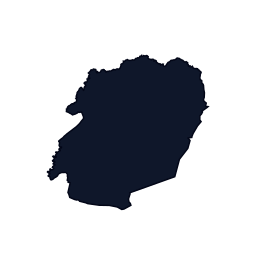 Ixcateopan de Cuauhtémoc, Guerrero, Mexico (Natural Earth projection), rotated 46°
{"feature_id": "50627088B27024757468193", "entity_name": "Ixcateopan de Cuauhtémoc", "entity_type": "district", "adm_level": 2, "iso_a3": "MEX", "parent_name": "Mexico", "parent_adm1": "Guerrero", "projection": "natural_earth1", "projection_center": [-99.804, 18.463], "detail": "fine", "context": "isolated", "style": "filled", "palette": "ink", "viewbox_px": 256, "rotation_deg": 46, "n_neighbors": 0, "source": "geoboundaries", "source_scale": "gbopen_adm2", "svg_char_len": 5682}
<svg xmlns="http://www.w3.org/2000/svg" viewBox="0 0 256 256"><g transform="rotate(46 128 128)"><path d="M185.6,179.6L183.8,178.7L182.2,178.7L181.5,178.5L179.6,177.1L179.1,176.5L176.9,172.4L175.9,171.5L195.5,128.2L186.2,112.7L184.2,99.1L180.1,92.1L177.1,91.8L177.7,90.5L179.1,88.7L178.5,87.9L177.2,85.1L174.8,76.6L174.2,71.0L172.0,70.7L169.1,67.8L169.0,65.4L168.2,63.3L167.2,63.1L168.2,56.6L168.2,55.6L166.6,56.9L166.1,57.0L164.4,54.4L162.0,54.7L160.8,54.5L159.8,53.7L158.9,51.9L155.7,48.5L152.9,46.7L149.8,44.1L148.6,43.6L147.1,43.7L145.0,42.0L143.5,42.5L141.8,41.5L140.4,39.6L139.5,38.7L139.4,37.9L139.0,37.8L138.7,36.7L137.6,36.6L136.6,37.0L135.6,36.7L134.2,37.2L133.7,36.8L132.6,37.6L132.4,38.0L132.1,38.3L130.6,39.4L130.3,39.5L129.9,39.3L129.3,39.2L128.6,38.9L128.3,38.8L128.1,39.6L128.1,39.9L127.8,40.4L127.0,40.8L126.4,40.2L125.4,41.4L124.4,40.7L123.8,40.6L123.2,40.9L122.9,40.7L122.6,39.8L122.2,39.7L121.8,40.0L120.7,40.1L120.5,40.7L120.1,41.1L119.9,41.4L119.7,41.7L119.1,41.5L118.5,41.6L117.3,41.6L117.0,41.7L116.6,42.1L116.2,42.3L115.5,42.3L114.1,42.8L113.5,42.8L112.5,43.6L111.8,44.0L111.7,44.8L111.9,45.6L111.5,46.3L111.4,47.4L110.4,48.2L110.3,49.0L109.3,49.9L109.2,50.8L109.3,51.1L109.3,51.9L109.2,52.4L108.7,53.4L108.7,53.9L109.0,55.2L109.0,55.9L109.4,56.9L109.5,58.1L108.9,59.0L107.6,59.3L106.9,58.8L106.6,58.3L106.0,58.9L106.1,59.3L105.4,60.1L105.3,60.6L104.8,60.2L104.2,60.3L103.7,61.0L103.2,61.0L102.9,61.4L102.5,61.6L101.7,61.5L100.6,62.1L100.1,61.5L99.5,61.1L98.5,61.2L98.3,61.6L98.3,62.4L98.1,62.8L97.8,62.9L97.3,62.2L96.8,61.9L96.3,62.2L96.0,62.2L95.2,63.0L95.2,63.7L95.1,64.0L94.6,63.9L93.2,64.8L92.0,65.2L91.7,65.2L90.7,63.9L90.2,64.0L90.0,64.3L89.3,64.0L88.9,64.2L88.5,64.7L88.2,65.7L86.7,66.5L86.6,67.7L86.5,67.9L86.0,68.0L85.8,68.1L85.7,68.5L85.3,68.1L85.3,68.9L84.8,69.4L84.7,69.7L85.2,70.8L85.2,71.1L84.7,71.9L84.2,72.2L84.0,73.4L83.4,74.0L83.4,75.0L83.6,75.6L83.5,76.2L83.1,76.8L82.3,77.1L82.0,77.8L81.7,78.2L81.5,78.9L80.9,79.4L80.6,79.9L79.2,80.9L78.9,80.9L78.6,80.8L78.2,81.0L78.1,81.9L77.9,82.4L77.6,82.6L77.7,84.2L76.7,84.9L77.6,85.6L78.0,87.1L77.4,88.2L77.4,88.9L78.3,89.8L79.2,91.5L79.4,91.9L79.3,92.5L79.6,93.0L79.6,93.7L79.2,94.1L78.6,94.1L77.8,95.0L77.5,95.9L77.4,96.8L76.7,97.1L76.5,97.5L76.0,97.6L75.7,97.9L75.6,98.4L75.8,99.0L75.3,99.7L75.2,100.4L74.9,101.1L74.6,101.5L74.2,101.6L74.1,102.0L73.8,102.3L73.7,102.9L73.2,103.1L72.8,103.9L72.6,104.8L72.4,105.0L72.0,105.0L71.4,104.5L70.1,105.1L69.9,105.0L69.5,104.7L68.7,105.2L68.5,105.9L67.9,106.9L67.9,107.3L68.2,107.6L68.5,108.7L68.5,109.4L68.1,110.2L67.1,110.9L66.8,111.9L66.4,112.1L66.0,112.0L66.0,111.9L66.3,111.5L66.4,111.1L66.1,110.8L65.6,111.3L65.2,111.4L64.7,111.3L64.2,111.1L63.8,110.7L63.4,110.6L62.7,111.2L61.6,111.9L61.5,112.3L61.8,112.8L61.8,113.0L61.7,113.4L60.8,113.8L60.5,114.5L60.6,115.0L61.0,115.3L61.0,115.5L60.9,118.2L60.9,118.3L62.1,118.3L62.9,118.6L63.3,119.5L63.2,119.9L63.9,120.2L63.8,120.9L63.9,121.4L64.4,121.6L64.8,120.9L65.3,120.8L65.6,120.9L65.6,122.4L64.3,123.2L64.7,123.7L65.6,124.2L66.1,124.7L66.1,125.1L66.4,125.8L66.4,126.2L66.2,126.5L65.6,126.4L65.3,126.7L65.2,127.0L65.2,128.3L65.4,128.5L66.1,128.6L66.6,128.2L67.7,128.9L68.1,129.0L68.1,129.5L68.4,129.8L68.5,130.3L68.2,130.5L68.3,131.0L68.8,131.9L69.7,132.8L69.9,133.4L70.0,133.7L69.5,133.8L66.6,133.3L66.1,133.8L66.0,135.5L66.8,137.3L67.0,138.2L67.0,139.2L67.4,140.3L67.9,140.7L69.2,143.2L69.6,143.5L70.4,143.4L70.7,143.9L70.4,144.9L71.2,145.0L72.5,145.7L72.9,146.4L73.3,147.6L72.6,148.8L72.5,149.3L72.7,149.7L73.0,150.0L73.0,150.3L72.8,150.6L72.2,150.8L71.7,151.4L71.4,153.0L71.6,153.6L71.5,154.0L71.0,154.9L70.9,156.3L71.1,157.3L72.0,157.7L72.1,158.1L71.6,159.0L72.0,159.3L72.2,159.7L72.7,160.0L73.2,160.7L73.4,160.9L75.5,159.9L77.2,159.5L78.3,159.0L80.0,158.8L81.5,155.8L81.6,155.0L82.0,154.0L81.7,152.8L82.8,152.4L83.2,151.5L84.0,150.8L84.3,150.3L88.7,152.1L90.0,153.0L90.4,154.0L90.7,157.0L91.0,158.4L91.2,160.5L91.2,164.3L89.8,176.1L89.8,177.4L89.6,179.6L89.8,181.5L89.4,184.4L89.3,186.9L89.7,187.2L90.2,187.1L91.2,187.5L92.0,188.7L92.8,189.7L94.0,190.1L94.3,190.0L94.9,189.4L95.5,189.1L95.9,189.5L96.0,189.8L95.9,190.2L95.4,190.8L95.2,191.3L95.2,192.2L95.3,192.4L95.5,192.5L96.8,192.1L97.2,192.5L97.0,192.9L96.5,194.4L96.6,195.4L96.5,195.8L96.4,196.0L95.6,196.1L95.2,196.6L95.3,196.9L95.6,197.0L96.6,196.6L96.9,196.7L97.2,199.2L97.5,199.7L98.8,199.5L99.0,199.7L99.1,200.1L99.0,200.4L98.3,200.8L96.3,201.2L96.2,201.8L96.8,201.9L97.6,201.8L98.3,202.0L99.1,202.6L99.2,204.2L99.0,204.7L99.1,205.0L99.7,205.2L100.0,205.0L100.2,204.6L100.8,204.0L101.4,204.0L101.7,204.2L101.7,204.8L101.5,205.4L101.6,206.5L101.9,206.8L103.6,206.1L103.8,206.2L103.6,206.9L103.6,207.9L103.5,209.0L103.9,209.8L104.8,209.5L105.5,209.5L105.7,209.9L105.8,210.6L105.7,211.1L105.1,211.6L104.7,212.4L104.4,212.5L103.7,212.2L103.4,212.4L103.4,212.8L104.0,213.4L104.6,213.7L104.8,214.2L104.8,214.8L103.6,215.8L103.5,216.1L103.7,216.5L105.3,216.4L106.2,215.7L106.5,215.9L106.7,216.3L106.9,218.6L107.2,218.8L107.5,218.7L108.8,218.1L109.1,218.1L109.4,218.3L109.7,218.8L110.0,218.9L110.5,219.0L111.1,219.4L111.8,219.4L112.2,218.9L112.4,218.4L112.7,217.4L112.7,215.5L113.2,214.1L113.2,213.7L113.4,212.4L113.4,211.9L112.8,210.3L113.0,209.0L113.5,207.5L113.9,206.8L114.1,206.2L114.7,205.9L116.5,203.8L116.9,203.6L118.2,203.5L118.9,203.6L119.4,203.9L120.6,205.1L120.8,205.1L121.0,205.4L121.6,205.6L122.2,206.3L123.0,207.5L123.5,208.1L125.2,208.0L125.5,208.7L127.3,207.7L132.7,216.0L134.4,216.5L137.5,218.1L142.3,216.1L144.2,214.9L144.8,213.9L146.1,213.5L147.0,213.7L152.5,210.3L154.4,209.5L163.6,202.3L170.7,195.2L176.6,191.1L177.6,190.5L182.2,189.1L183.5,187.2L185.6,179.6Z" fill="#0f172a" stroke="#020617" stroke-width="1.5"/></g></svg>